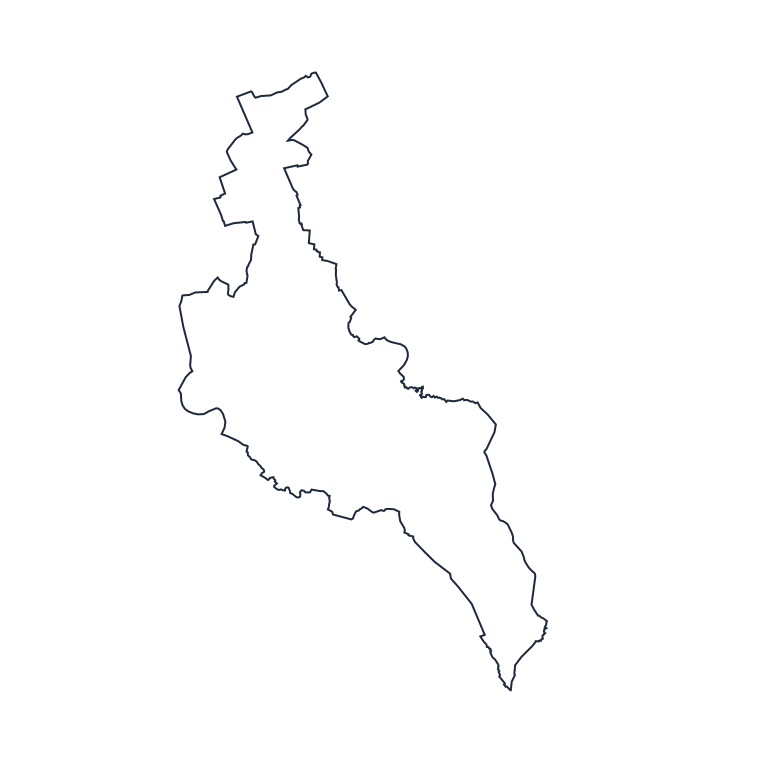 Ban Pho, Chachoengsao, Thailand (orthographic projection), rotated 47°
{"feature_id": "78962969B2229675386212", "entity_name": "Ban Pho", "entity_type": "district", "adm_level": 2, "iso_a3": "THA", "parent_name": "Thailand", "parent_adm1": "Chachoengsao", "projection": "orthographic", "projection_center": [101.082, 13.626], "detail": "fine", "context": "isolated", "style": "outline", "palette": "slate", "viewbox_px": 768, "rotation_deg": 47, "n_neighbors": 0, "source": "geoboundaries", "source_scale": "gbopen_adm2", "svg_char_len": 6157}
<svg xmlns="http://www.w3.org/2000/svg" viewBox="0 0 768 768"><g transform="rotate(47 384 384)"><path d="M489.9,329.8L477.1,329.0L467.3,329.7L461.4,328.1L460.3,330.3L457.4,331.0L455.9,332.7L453.0,333.7L452.0,334.4L450.5,336.5L449.3,336.2L448.4,336.5L447.5,339.5L444.2,344.8L439.5,348.7L439.6,350.7L436.2,350.3L434.9,351.9L433.1,352.0L432.5,352.6L431.6,352.8L430.9,354.0L429.1,354.1L428.6,356.0L426.5,355.9L426.5,357.6L426.0,358.1L424.7,358.7L422.8,358.4L421.9,359.1L420.9,360.7L422.1,362.2L421.4,363.3L420.0,364.0L419.8,365.9L419.0,365.9L418.2,365.2L416.9,365.4L416.7,364.8L417.3,363.8L417.1,362.9L415.0,362.0L415.0,361.0L414.1,360.2L413.6,358.3L412.5,357.4L412.1,358.0L412.3,360.1L411.2,360.7L410.8,361.4L412.4,364.6L412.1,365.4L410.4,365.4L410.5,364.2L409.4,363.0L407.6,363.9L407.3,365.3L405.9,365.5L404.8,366.3L404.0,367.9L404.2,369.3L403.1,370.1L401.5,369.8L400.9,371.1L399.1,370.5L398.8,369.7L397.4,369.3L395.5,369.9L393.8,369.9L393.6,369.4L394.4,368.3L394.2,366.5L393.9,365.9L392.1,364.7L387.2,365.1L384.3,364.6L383.8,356.5L381.9,350.7L380.1,347.8L377.6,345.5L375.7,344.5L372.9,343.5L370.7,343.3L366.3,344.7L359.1,349.6L355.7,351.4L352.9,352.1L350.2,351.8L348.7,356.0L346.7,358.0L345.0,359.0L344.8,361.4L345.5,363.4L344.4,366.4L343.7,366.9L343.8,367.6L342.8,369.7L341.7,370.7L336.4,372.7L335.6,372.5L334.9,373.0L334.1,371.2L330.6,371.4L329.3,373.9L327.4,373.8L326.8,373.3L325.8,374.2L323.5,373.9L322.5,373.3L321.4,373.3L320.4,372.3L319.3,372.2L318.3,371.5L315.4,368.6L315.0,367.8L315.2,366.5L313.3,362.9L312.0,362.8L310.5,354.1L305.2,354.8L302.1,354.7L286.2,351.1L285.0,353.2L282.2,351.3L281.5,351.7L279.0,350.9L277.7,349.3L271.2,344.7L267.5,340.9L266.8,340.8L263.9,337.0L255.4,341.5L251.2,344.7L249.4,342.7L247.1,344.2L244.0,341.1L242.8,342.1L241.7,342.0L240.9,342.6L239.6,341.8L237.7,343.4L234.4,339.7L229.7,342.9L221.1,333.6L216.4,338.1L211.7,336.1L211.0,335.7L211.2,335.3L210.3,334.9L209.6,336.0L208.9,336.1L205.7,334.2L203.9,332.1L196.9,326.7L197.6,325.1L196.0,323.9L196.3,323.1L186.5,319.5L186.7,318.1L183.8,317.1L181.4,317.6L178.7,317.3L158.1,309.9L165.0,298.2L166.1,298.9L171.3,290.4L170.7,288.9L169.7,288.4L168.9,287.4L166.7,280.7L162.7,280.5L159.0,278.9L153.4,280.4L144.6,283.4L142.9,284.7L140.5,288.3L140.1,285.2L140.2,271.5L139.8,269.3L140.0,266.9L138.8,260.2L138.2,259.3L133.5,257.4L129.5,254.2L134.1,239.5L135.3,229.0L121.1,224.4L109.8,221.4L108.4,223.2L107.7,225.1L107.7,226.2L108.8,227.9L108.7,229.0L107.8,230.6L105.3,231.0L105.3,233.4L103.9,237.0L102.2,248.1L102.6,253.2L101.5,255.4L100.7,259.0L97.8,263.5L95.7,270.0L89.5,277.6L87.0,282.7L85.4,282.8L80.2,281.4L79.4,281.6L73.6,295.6L110.3,308.7L108.7,312.6L107.3,314.8L104.6,316.5L104.8,318.8L103.8,323.8L103.8,326.0L105.7,337.7L106.6,340.3L107.6,340.9L116.2,343.8L126.5,345.7L120.7,363.2L136.3,370.3L134.7,375.2L136.0,376.2L136.0,376.6L132.8,382.1L149.2,387.8L154.9,390.6L155.4,390.2L160.0,392.3L163.8,384.4L171.0,374.8L172.0,374.9L175.5,369.2L187.0,375.6L190.1,375.0L194.0,383.0L192.9,384.4L198.9,392.9L202.6,396.7L204.3,401.6L205.3,403.2L205.0,403.9L207.1,407.1L210.7,409.5L211.2,409.5L212.3,410.6L216.2,415.7L215.1,417.3L215.8,418.3L214.3,423.4L215.3,430.5L217.6,434.7L214.9,436.4L212.7,437.0L211.5,436.7L209.1,433.6L205.2,430.1L197.9,432.9L195.5,433.4L192.7,433.0L192.7,437.7L195.7,449.2L196.4,450.2L188.4,459.5L186.1,465.6L182.1,470.6L181.9,471.3L185.2,475.8L187.4,480.4L205.5,491.9L231.8,506.1L238.4,513.3L240.5,514.5L244.0,515.5L243.4,518.7L243.8,524.4L248.4,538.3L252.4,539.0L258.0,543.7L262.1,545.8L266.3,546.6L270.3,545.9L275.3,543.6L279.4,540.7L283.1,536.3L284.7,530.1L287.3,523.3L288.9,522.0L291.7,521.4L296.2,522.2L303.5,525.8L307.1,530.2L309.9,536.9L315.3,534.1L326.4,529.6L332.5,528.4L336.2,526.1L336.8,526.3L339.7,530.7L341.1,530.3L343.4,532.2L346.0,531.9L348.6,532.5L351.8,530.5L353.8,530.1L357.7,530.6L359.8,530.3L361.5,530.8L363.9,530.4L365.2,530.6L366.1,531.1L366.5,531.9L365.9,533.9L366.6,536.5L371.3,535.0L375.1,534.3L375.4,533.4L374.9,531.5L376.7,528.4L378.0,529.2L380.3,529.1L380.8,530.4L383.7,530.2L383.5,533.6L384.4,534.6L388.4,533.9L390.0,532.9L390.8,531.2L392.3,530.7L394.4,529.0L393.3,527.8L393.0,526.6L393.5,525.4L394.6,524.5L397.7,525.6L399.8,527.0L401.7,526.0L406.1,525.4L407.7,524.9L409.1,523.2L409.1,522.3L408.0,520.7L405.9,519.4L405.4,516.9L407.4,515.4L409.7,515.4L412.8,512.0L411.8,509.0L419.0,503.6L421.0,501.4L425.1,500.8L427.1,501.2L428.9,500.1L429.8,501.8L431.7,502.8L433.4,504.3L434.2,505.8L436.1,507.9L437.5,510.6L442.0,509.0L444.7,510.3L460.7,500.3L461.2,498.2L460.1,496.6L458.1,491.4L459.4,488.4L459.2,486.8L459.8,485.1L459.6,483.1L463.3,481.2L470.0,479.9L471.1,479.2L474.4,471.9L476.0,471.3L476.9,470.3L476.6,468.3L478.5,465.8L482.5,462.1L487.9,460.0L489.8,462.0L495.4,465.7L503.3,467.4L505.3,468.6L506.5,470.4L510.6,468.5L511.3,469.3L511.8,469.1L515.5,466.6L516.7,467.9L520.6,469.1L535.6,468.8L549.0,468.2L567.8,465.0L571.5,467.5L572.9,467.8L582.2,468.0L604.6,469.8L636.2,481.4L634.3,485.7L640.6,486.8L644.3,486.7L646.5,488.1L647.3,487.1L649.6,487.5L650.1,486.8L651.3,487.2L651.6,488.3L652.7,488.2L652.7,489.1L653.5,489.6L657.8,491.0L661.5,490.7L666.7,491.7L668.6,492.6L668.7,493.6L670.4,494.6L670.4,495.2L672.5,495.4L672.7,496.5L676.2,497.7L676.6,499.2L685.5,499.8L685.8,500.0L685.6,501.2L687.1,501.4L688.5,501.5L688.9,500.5L694.0,500.4L694.4,500.1L688.9,493.7L686.1,486.7L685.0,486.5L679.1,479.9L677.3,469.5L676.8,454.3L676.0,449.2L675.6,448.4L676.6,447.6L677.2,446.4L677.9,446.3L677.9,444.7L678.8,444.3L678.2,443.0L678.6,441.5L677.2,440.9L675.9,439.1L676.3,438.1L675.9,437.1L676.2,436.1L674.6,436.1L673.5,435.4L673.4,434.4L672.5,433.6L673.3,431.8L671.4,432.1L670.7,429.6L668.9,427.6L668.6,426.6L664.1,427.3L662.1,428.2L659.2,428.6L658.5,429.3L651.4,428.1L646.0,426.6L628.4,405.1L627.4,404.1L625.3,402.9L620.6,403.4L617.0,403.3L612.1,402.5L608.2,401.3L606.6,400.1L600.3,397.6L588.8,397.5L586.1,396.1L583.9,393.9L579.9,392.0L571.1,389.3L568.5,389.6L565.5,390.5L563.2,391.9L561.6,392.1L557.3,390.7L549.4,390.0L545.6,388.4L543.8,383.9L538.7,379.6L535.1,374.4L533.3,371.0L523.8,365.9L509.2,359.3L506.4,358.0L502.4,357.2L501.6,356.0L501.6,353.9L501.0,352.2L494.6,336.1L489.9,329.8Z" fill="none" stroke="#1e293b" stroke-width="2"/></g></svg>